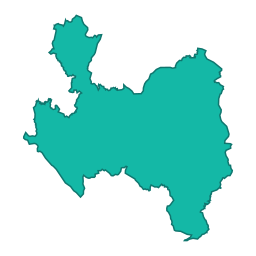 Wang Nam Khiao, Nakhon Ratchasima, Thailand
{"feature_id": "78962969B7842006163468", "entity_name": "Wang Nam Khiao", "entity_type": "district", "adm_level": 2, "iso_a3": "THA", "parent_name": "Thailand", "parent_adm1": "Nakhon Ratchasima", "projection": "natural_earth1", "projection_center": [101.843, 14.436], "detail": "fine", "context": "isolated", "style": "filled", "palette": "teal", "viewbox_px": 256, "rotation_deg": 0, "n_neighbors": 0, "source": "geoboundaries", "source_scale": "gbopen_adm2", "svg_char_len": 5672}
<svg xmlns="http://www.w3.org/2000/svg" viewBox="0 0 256 256"><path d="M221.7,68.9L213.5,62.2L207.0,59.0L205.1,55.9L204.6,54.1L205.9,50.7L202.1,49.0L197.8,48.3L197.6,50.4L197.1,50.5L197.7,51.3L197.2,52.4L197.5,53.3L197.1,54.2L194.8,54.4L194.3,56.4L195.3,56.6L195.1,57.7L190.6,57.8L189.9,57.6L190.6,56.4L189.4,55.5L188.8,56.0L186.2,55.9L185.8,57.4L183.7,57.3L182.3,58.6L181.6,60.5L179.5,60.4L176.7,63.1L175.4,66.2L175.6,67.6L172.6,68.2L170.2,67.4L160.5,67.5L156.3,69.5L153.0,72.9L150.6,74.1L148.9,79.0L146.1,81.6L144.7,83.8L143.4,88.0L143.3,90.8L141.2,93.7L133.8,93.9L131.9,91.0L128.9,88.5L126.2,87.1L123.8,84.8L123.9,88.4L121.9,89.7L117.3,90.3L116.7,89.9L117.4,89.2L117.3,88.6L115.8,88.9L115.1,88.6L115.2,87.9L114.8,88.2L113.6,87.5L111.4,88.6L111.1,88.2L110.2,90.0L108.7,90.6L107.8,90.1L107.5,89.3L106.5,89.2L105.6,89.8L105.2,88.7L104.0,88.1L103.7,86.5L102.2,86.4L100.2,84.5L99.5,85.4L98.7,84.5L98.5,85.5L99.5,88.1L98.3,90.0L96.8,86.0L95.8,85.5L94.8,84.0L93.9,83.5L92.5,84.0L91.1,83.5L91.3,81.9L89.9,78.7L91.5,73.0L88.4,70.9L87.7,70.1L87.4,68.4L87.8,68.2L87.6,66.4L88.3,65.9L88.9,62.9L91.3,60.5L91.4,57.8L94.2,54.5L95.2,52.6L97.4,43.7L100.2,39.3L101.6,34.7L98.3,35.0L96.6,37.2L95.7,35.7L94.7,35.4L92.7,37.8L91.4,37.3L89.0,37.6L86.3,36.4L85.6,35.6L85.4,34.2L87.8,29.9L87.6,27.6L83.9,24.3L82.4,21.2L81.5,17.6L76.3,15.4L75.1,17.1L72.4,19.2L71.9,21.4L70.5,22.2L68.6,21.8L67.7,20.7L66.0,21.0L65.6,20.0L64.7,23.7L63.4,26.2L62.7,25.2L59.0,24.3L58.3,23.6L56.1,24.3L55.2,25.4L54.3,25.2L54.4,26.7L53.7,28.9L55.9,29.3L56.1,31.2L54.1,40.1L53.0,41.2L52.3,43.5L53.9,48.8L52.3,48.9L51.1,50.8L49.1,52.5L50.9,54.1L53.4,53.0L56.3,54.0L55.9,55.9L56.8,58.6L57.6,59.0L58.0,60.6L59.7,61.1L59.6,61.9L60.4,62.1L60.9,63.3L61.5,63.3L61.3,64.9L61.8,65.5L61.6,65.9L63.6,67.6L63.3,68.6L64.4,70.7L65.6,71.1L66.0,72.5L65.7,73.5L67.3,74.6L67.7,76.2L68.7,76.3L69.9,75.5L71.7,75.9L72.9,74.7L74.2,75.9L75.5,76.2L75.3,77.6L72.3,78.5L71.8,81.4L72.0,82.3L71.4,82.8L71.7,87.8L68.9,90.9L69.8,91.9L72.8,92.5L73.8,92.1L74.0,90.1L76.3,90.1L77.1,92.8L79.3,91.1L81.6,93.0L79.3,94.4L78.7,97.1L76.5,100.1L76.8,101.3L76.2,102.0L75.6,104.1L74.6,105.1L75.1,106.4L76.4,107.5L76.9,107.3L77.3,108.4L75.7,110.8L76.1,111.8L74.8,112.0L74.6,113.1L72.0,113.6L71.8,114.4L71.5,114.1L69.8,115.7L68.9,117.6L66.5,116.1L65.7,116.7L64.6,116.7L63.8,114.1L58.2,111.9L59.5,109.2L56.7,105.5L55.9,105.3L55.3,105.8L55.5,108.9L53.2,109.5L52.0,108.8L51.7,108.0L50.6,107.9L50.1,106.3L50.5,104.7L50.0,103.0L50.8,102.1L51.4,100.0L50.9,100.0L50.6,98.9L49.9,98.8L49.9,100.0L49.3,100.0L48.6,99.1L48.2,100.1L48.4,101.0L47.6,101.9L46.3,101.9L45.6,102.8L45.4,101.7L44.7,102.0L44.7,104.4L44.3,104.2L44.4,103.4L43.7,104.0L43.0,103.1L42.5,103.9L41.9,103.3L41.2,104.2L40.9,103.4L40.1,103.4L40.8,102.7L40.6,102.1L39.9,102.6L39.3,101.4L38.3,101.1L38.2,100.3L37.7,101.5L36.8,100.8L36.2,101.4L36.5,102.5L35.4,106.1L33.5,107.7L35.1,114.0L34.9,117.9L34.0,119.4L34.7,119.5L34.5,121.8L35.8,123.5L35.5,124.8L36.0,125.0L35.9,127.3L36.8,129.3L36.1,131.1L36.9,132.8L36.7,134.4L35.1,136.4L32.4,135.9L29.8,136.4L28.4,135.7L25.7,132.5L23.8,136.6L23.7,138.1L25.2,139.5L27.7,140.2L29.3,144.2L34.4,143.4L35.9,143.8L37.7,145.4L38.1,146.7L37.3,148.7L37.5,151.3L38.3,151.7L40.1,151.3L42.1,152.7L45.5,158.1L51.7,165.2L53.3,166.2L56.4,169.4L65.4,182.9L70.6,186.5L73.7,190.7L76.3,192.5L80.5,197.1L83.4,193.9L83.5,190.7L84.6,188.3L82.9,184.1L83.2,181.3L82.9,177.0L83.7,175.2L86.2,177.3L88.2,178.1L89.9,178.1L91.1,177.3L94.3,177.3L95.2,176.4L95.1,174.2L98.7,173.2L98.1,170.7L100.8,170.7L102.2,169.3L104.2,170.7L105.4,169.9L109.5,173.2L111.3,175.6L113.1,175.8L115.3,174.4L117.5,174.8L118.4,174.4L120.7,171.3L121.3,168.1L122.1,167.6L124.2,167.7L126.0,166.3L127.0,166.7L125.5,170.3L125.3,173.2L134.9,178.9L135.4,180.1L138.6,183.2L140.3,186.5L141.4,186.7L143.4,189.4L145.3,188.9L146.2,189.6L147.9,189.3L149.0,190.8L150.1,190.2L150.2,187.2L151.1,185.0L154.6,186.9L157.2,186.9L158.5,187.6L161.6,184.2L162.3,184.7L162.4,185.5L164.3,185.3L164.5,186.9L165.9,186.4L166.3,187.1L167.1,186.9L167.8,187.4L167.7,189.0L168.1,189.7L169.2,189.8L169.9,192.4L170.1,195.6L171.9,196.9L173.7,200.3L170.2,205.0L169.0,205.9L167.4,206.1L166.8,208.2L166.9,210.7L168.5,212.2L170.4,215.9L170.7,218.8L171.6,220.3L172.1,222.3L171.6,224.4L173.2,225.8L174.4,230.2L175.8,230.9L180.7,231.3L187.1,234.3L191.6,235.0L190.5,237.1L186.7,239.5L184.7,240.1L184.4,240.6L187.1,240.6L189.3,239.2L193.0,238.3L197.6,239.0L199.6,236.9L200.5,236.6L202.0,234.5L204.3,233.9L205.9,232.6L206.9,232.6L206.8,231.5L208.9,229.2L208.0,227.4L208.3,226.2L207.9,224.9L207.2,224.4L205.9,220.3L205.1,219.8L203.5,216.8L202.5,212.8L200.4,212.2L200.5,211.4L201.5,210.0L203.0,209.5L203.7,208.5L204.8,208.5L204.8,207.7L204.0,206.2L205.2,206.1L205.1,205.0L206.1,204.7L204.9,204.1L204.8,203.5L207.7,204.2L209.7,202.4L209.6,201.6L208.2,201.1L210.4,200.2L209.8,199.3L210.4,197.6L210.0,196.9L210.6,196.4L210.2,195.7L210.7,195.1L210.7,194.2L211.3,194.1L211.6,191.8L216.9,189.9L219.1,187.9L220.7,188.2L220.8,187.7L219.9,186.8L220.7,184.6L220.1,182.3L222.3,179.2L222.6,178.0L223.4,177.7L224.4,178.4L227.7,175.6L230.0,175.6L231.9,172.3L232.3,170.5L230.9,168.4L230.5,165.3L229.4,165.4L228.8,164.7L227.8,161.2L228.2,160.2L228.0,159.1L226.0,155.7L225.2,152.4L226.1,150.3L230.7,148.2L230.5,146.0L231.6,144.4L230.3,143.7L224.7,143.3L224.9,140.6L228.5,136.4L229.0,134.1L226.7,126.4L221.7,121.6L220.7,119.3L219.8,115.2L221.0,112.3L221.2,109.8L218.5,104.9L218.7,98.7L220.2,94.0L221.2,93.6L222.4,89.9L223.5,89.1L222.9,87.6L223.4,86.5L220.0,84.6L219.3,83.2L218.3,82.6L216.8,82.8L215.1,81.8L214.6,82.1L214.3,81.2L214.4,80.6L217.0,78.7L220.6,76.8L220.6,75.7L219.5,74.0L220.1,73.1L219.3,72.2L221.6,70.4L221.7,68.9Z" fill="#14b8a6" stroke="#0f766e" stroke-width="1.5"/></svg>